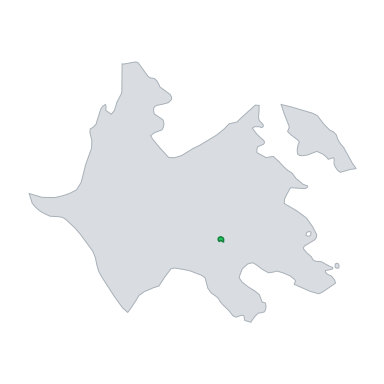 Mingachevir City, Mingəçevir, Azerbaijan shown in context, rotated 183°
{"feature_id": "54616110B16521863868797", "entity_name": "Mingachevir City", "entity_type": "district", "adm_level": 2, "iso_a3": "AZE", "parent_name": "Azerbaijan", "parent_adm1": "Mingəçevir", "projection": "natural_earth1", "projection_center": [47.024, 40.77], "detail": "fine", "context": "in_parent", "style": "filled", "palette": "green", "viewbox_px": 384, "rotation_deg": 183, "n_neighbors": 0, "source": "geoboundaries", "source_scale": "gbopen_adm2", "svg_char_len": 3625}
<svg xmlns="http://www.w3.org/2000/svg" viewBox="0 0 384 384"><g transform="rotate(183 192 192)"><path d="M268.5,316.3L266.9,316.2L254.9,319.0L252.4,318.1L242.1,305.3L240.0,303.9L235.5,303.3L232.9,301.2L230.8,297.8L229.6,295.3L219.0,288.3L217.4,285.8L217.2,283.6L218.7,281.6L220.5,279.9L225.7,278.2L231.7,276.7L233.6,275.6L234.6,273.8L234.6,270.8L233.6,267.9L224.9,262.6L223.9,260.4L223.6,257.6L224.1,254.7L225.4,252.4L232.5,249.3L236.3,246.1L233.9,242.5L226.3,234.3L217.2,225.3L211.2,225.3L204.2,227.9L193.1,235.6L187.0,238.9L179.0,244.3L170.2,250.3L163.1,256.7L158.6,262.0L150.7,264.3L146.6,268.8L133.3,282.1L129.5,282.0L129.3,275.3L129.5,270.1L128.7,267.1L124.4,262.9L124.3,261.2L125.5,260.0L128.8,260.7L133.0,260.5L135.1,258.9L130.5,253.4L126.5,249.8L123.1,247.3L122.3,245.8L122.3,244.8L123.0,243.5L128.9,240.5L129.5,237.8L129.1,234.7L119.8,230.2L112.8,231.8L106.6,226.8L102.6,222.8L97.6,218.6L93.2,216.3L88.9,211.0L81.5,205.5L76.8,204.0L76.8,203.1L77.7,202.1L79.7,201.3L92.9,201.5L94.6,200.5L95.4,198.2L97.2,194.7L99.3,189.6L99.2,185.3L85.9,178.4L76.3,172.0L69.7,163.6L65.2,155.9L65.4,153.4L66.7,150.9L77.0,143.8L77.8,142.0L77.5,140.8L73.9,137.1L69.3,133.4L67.8,130.7L65.0,129.3L59.4,129.2L49.8,124.6L47.7,124.2L47.3,123.2L47.8,122.3L54.7,120.5L54.6,118.9L52.5,116.9L48.6,115.5L45.1,111.8L43.9,108.5L56.4,98.9L60.1,97.0L68.2,98.8L85.1,105.1L83.9,108.7L85.7,110.6L89.5,113.3L97.0,116.1L103.3,117.5L106.5,116.3L111.4,115.3L117.7,118.4L123.5,122.4L126.4,124.0L127.9,124.5L132.4,123.2L137.7,118.0L139.8,111.8L140.4,108.8L137.3,104.7L130.9,100.2L123.8,96.3L119.2,92.8L116.3,85.9L113.3,85.2L112.6,84.3L112.1,82.0L112.3,78.7L113.3,76.2L116.2,75.1L119.1,74.7L121.7,72.3L125.0,67.6L126.4,65.0L132.6,66.5L133.5,70.7L134.6,71.6L137.2,71.1L141.4,69.3L144.8,70.7L149.2,75.7L155.3,81.0L158.6,84.5L159.9,87.0L163.0,89.4L167.5,92.2L171.1,96.6L174.4,106.8L177.6,109.1L189.3,113.0L193.5,113.8L205.0,115.2L209.0,114.2L214.9,105.4L220.2,96.3L225.2,94.5L234.2,90.1L239.5,86.0L241.8,81.5L246.8,73.1L249.9,68.4L255.2,72.6L264.4,84.0L277.7,102.5L280.9,107.7L283.1,113.8L285.0,121.2L288.0,127.7L301.5,144.2L307.3,150.2L316.7,158.1L320.1,159.9L324.5,160.4L332.5,160.4L340.0,163.5L343.7,165.6L347.5,168.7L351.0,172.4L354.5,182.0L341.6,178.8L328.6,179.3L321.2,181.4L314.1,184.2L307.3,188.2L303.1,196.0L299.6,214.0L294.5,230.8L294.8,238.6L297.1,246.1L296.9,249.7L294.5,251.2L291.5,254.4L287.5,269.9L285.6,273.0L283.0,274.9L282.3,273.0L282.4,269.0L276.7,265.4L273.7,269.4L271.6,277.9L267.5,286.9L267.3,288.6L268.5,316.3ZM75.4,157.5L76.0,155.1L74.4,154.0L72.7,154.0L71.2,155.2L71.1,158.2L73.2,158.7L75.4,157.5ZM32.3,227.8L30.3,225.3L29.5,223.9L35.2,222.8L44.8,219.4L47.4,221.0L50.2,224.4L51.6,227.3L51.8,232.7L52.9,233.6L57.6,231.8L59.6,234.0L63.2,236.6L69.4,239.1L78.4,235.1L82.9,234.1L86.5,234.1L88.5,235.4L89.2,239.6L88.5,244.8L87.4,247.6L89.3,249.6L96.6,254.6L99.7,257.4L98.2,262.2L103.6,273.9L105.4,278.4L107.6,284.1L96.3,281.9L76.1,277.1L70.6,274.7L65.3,268.2L62.2,265.0L57.6,261.0L53.8,259.4L50.9,256.6L49.3,252.5L46.9,248.7L42.8,244.3L33.5,229.3L32.3,227.8ZM45.0,127.7L43.7,128.5L41.8,127.7L41.3,125.8L41.4,123.9L43.3,123.4L44.9,124.0L45.3,125.7L45.0,127.7Z" fill="#d9dde1" stroke="#a8b0b8" stroke-width="1"/><path d="M162.5,144.3L162.2,144.1L161.8,144.4L161.1,144.8L160.6,145.0L160.1,145.0L159.5,144.4L158.8,144.0L158.0,143.9L158.0,144.0L157.8,144.5L158.0,145.2L157.9,146.2L158.0,146.8L158.3,147.4L158.8,147.9L159.4,148.2L160.1,148.6L160.8,148.8L161.2,148.7L161.7,148.5L162.2,148.3L162.8,147.8L163.2,147.4L163.4,146.3L163.3,145.7L163.1,145.1L162.7,144.5L162.6,144.4L162.5,144.3Z" fill="#22c55e" stroke="#15803d" stroke-width="1.5"/></g></svg>